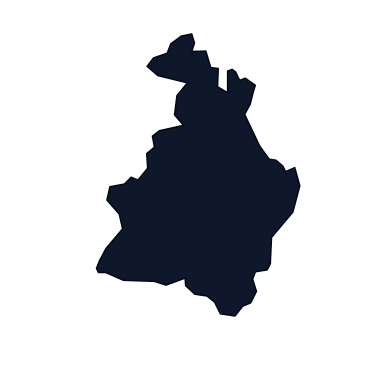 Kuçovë, Korçë, Albania (Equal Earth projection), rotated 311°
{"feature_id": "67620474B90792074310011", "entity_name": "Kuçovë", "entity_type": "district", "adm_level": 2, "iso_a3": "ALB", "parent_name": "Albania", "parent_adm1": "Korçë", "projection": "equal_earth", "projection_center": [20.706, 40.677], "detail": "fine", "context": "isolated", "style": "filled", "palette": "ink", "viewbox_px": 384, "rotation_deg": 311, "n_neighbors": 0, "source": "geoboundaries", "source_scale": "gbopen_adm2", "svg_char_len": 1018}
<svg xmlns="http://www.w3.org/2000/svg" viewBox="0 0 384 384"><g transform="rotate(311 192 192)"><path d="M130.1,133.1L127.6,151.6L118.6,163.8L93.2,164.1L85.8,165.8L79.7,167.2L71.7,170.0L69.9,174.2L74.6,179.7L80.4,198.2L99.8,222.1L104.7,233.5L122.5,243.3L117.1,248.7L116.7,261.2L123.3,271.5L123.7,281.3L118.7,293.3L126.6,305.8L139.0,305.2L146.9,309.0L159.3,305.8L166.0,294.9L173.4,292.2L182.5,299.8L189.2,298.2L209.9,281.8L243.0,281.3L267.4,269.3L277.8,253.6L268.7,249.2L271.1,243.8L271.1,234.6L267.4,228.6L271.1,212.9L285.1,180.8L296.4,178.3L305.9,173.5L314.1,169.7L312.8,157.5L307.5,154.7L311.2,146.1L310.9,141.9L306.7,139.5L290.3,153.7L288.2,142.2L302.4,130.8L298.2,124.5L307.4,110.0L297.9,99.6L306.1,96.1L311.1,88.1L302.6,81.6L290.0,78.8L280.4,82.2L268.0,75.0L257.4,75.7L257.4,89.8L271.4,116.9L254.9,117.4L238.8,128.2L236.7,141.8L216.9,127.2L208.2,125.5L201.2,134.2L191.3,132.6L180.9,142.9L165.6,143.4L163.2,136.4L153.7,135.8L142.1,126.6L130.1,133.1Z" fill="#0f172a" stroke="#020617" stroke-width="1.5"/></g></svg>